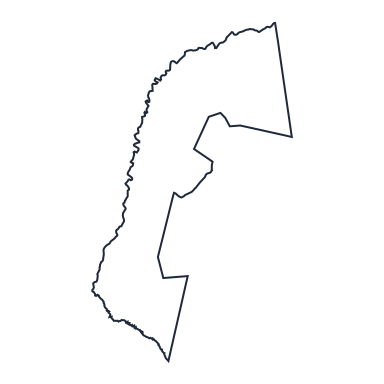 outline of Ribeiro Gonçalves, Piauí, Brazil
{"feature_id": "56859067B47618229144297", "entity_name": "Ribeiro Gonçalves", "entity_type": "district", "adm_level": 2, "iso_a3": "BRA", "parent_name": "Brazil", "parent_adm1": "Piauí", "projection": "natural_earth1", "projection_center": [-45.448, -8.057], "detail": "fine", "context": "isolated", "style": "outline", "palette": "slate", "viewbox_px": 384, "rotation_deg": 0, "n_neighbors": 0, "source": "geoboundaries", "source_scale": "gbopen_adm2", "svg_char_len": 5072}
<svg xmlns="http://www.w3.org/2000/svg" viewBox="0 0 384 384"><path d="M274.0,23.1L273.0,24.0L271.9,25.7L269.9,27.4L268.4,26.9L267.4,26.8L266.3,27.2L265.5,28.1L262.9,29.5L259.2,32.0L258.4,31.9L257.7,31.2L256.9,30.6L254.7,30.3L253.6,29.4L251.7,29.3L249.7,29.0L248.2,29.6L247.1,29.6L244.9,30.4L244.2,30.7L243.5,31.2L242.8,31.4L239.2,32.4L238.2,33.1L237.3,34.2L236.5,34.6L235.4,34.8L234.1,34.5L232.7,32.3L231.9,32.1L227.9,36.2L227.1,36.8L226.5,38.0L225.7,40.1L224.7,41.1L223.2,42.4L221.7,42.6L220.2,43.0L219.5,43.5L218.4,44.9L216.3,48.1L215.0,48.0L214.9,46.4L212.9,42.9L212.0,42.7L211.1,43.3L210.0,44.2L209.2,44.7L208.0,45.4L207.2,46.0L206.5,46.7L205.3,48.9L204.0,49.0L201.6,47.9L200.4,48.0L199.1,47.8L198.4,48.1L198.0,49.1L197.4,49.6L195.7,50.3L193.0,50.6L191.4,50.1L189.5,50.3L187.2,50.9L185.0,52.1L184.8,54.4L184.5,55.6L183.8,56.1L180.2,59.3L177.3,62.7L176.7,63.2L175.6,62.6L174.5,61.5L172.7,61.1L171.5,61.5L170.8,62.2L170.3,64.6L170.1,69.7L169.0,70.6L166.3,70.7L165.7,71.7L165.9,72.6L166.4,73.3L165.5,74.9L164.7,75.3L162.7,75.3L161.7,75.7L160.6,77.5L161.1,79.5L160.2,80.6L159.1,79.8L155.7,78.2L155.2,78.9L154.6,80.2L155.6,81.5L157.6,82.4L156.9,83.5L155.5,84.0L154.6,84.0L152.9,83.8L152.2,84.9L152.5,87.4L152.5,89.2L152.7,90.8L149.7,91.3L148.9,92.4L148.0,95.6L148.4,97.5L148.9,98.2L149.4,99.8L149.3,101.8L148.3,102.1L147.6,101.4L147.1,100.5L146.3,100.9L145.6,101.5L146.2,103.1L148.5,105.9L146.8,108.8L146.5,109.7L146.6,110.6L147.3,112.2L146.5,113.0L145.7,112.6L144.8,112.0L144.4,112.8L145.1,115.0L144.8,116.1L142.0,117.0L142.4,119.7L142.2,120.8L142.2,122.4L141.9,123.5L140.9,125.2L140.4,126.7L138.6,127.5L138.0,128.5L138.0,130.0L138.5,131.2L138.3,133.2L137.0,133.5L135.4,134.5L134.6,135.2L135.4,137.5L136.1,138.9L137.2,139.6L138.3,140.5L139.3,141.1L139.3,142.4L137.2,142.9L136.3,143.4L134.9,143.7L133.9,144.8L134.1,145.7L138.4,148.2L138.7,149.3L138.0,150.8L136.8,152.5L134.4,151.5L133.6,152.3L134.2,154.3L133.4,157.4L132.7,159.7L131.6,160.6L130.7,162.0L131.6,162.8L132.4,162.8L133.2,163.3L132.9,165.1L132.4,166.1L130.6,167.2L129.6,169.9L128.6,171.2L127.7,173.3L127.7,174.3L128.4,175.1L129.1,175.4L131.7,177.5L132.2,178.3L132.1,179.4L131.6,180.0L130.8,180.2L129.5,179.4L128.5,179.7L127.5,181.5L126.4,182.6L125.5,183.5L126.0,184.6L127.4,185.7L128.4,187.2L129.0,188.3L129.1,189.5L127.7,190.6L127.7,196.2L127.3,197.1L126.4,198.3L125.6,200.0L124.9,200.6L124.8,201.5L124.6,202.3L123.3,203.5L123.3,204.6L123.6,205.4L125.4,207.8L125.7,208.9L125.0,209.9L123.1,213.0L122.8,215.3L123.1,217.1L123.9,219.6L124.1,221.0L123.7,221.9L122.2,224.4L121.4,226.2L119.4,226.7L118.8,228.0L117.7,229.3L116.7,229.9L116.1,231.0L116.2,232.3L116.5,233.2L117.4,235.0L116.9,236.0L115.6,236.9L114.6,238.4L111.0,241.2L110.0,242.6L109.6,243.5L107.1,245.0L105.4,246.5L103.9,248.6L103.5,250.0L103.8,253.9L103.7,255.4L103.3,257.5L103.1,259.8L102.5,261.0L101.1,262.1L100.6,263.6L100.1,264.5L100.0,266.2L99.5,267.7L99.7,268.9L99.4,270.0L97.3,274.1L97.8,275.7L97.6,276.7L97.3,279.6L96.8,281.0L96.3,281.7L94.6,282.1L93.2,283.3L93.4,285.0L93.9,287.5L93.3,288.9L92.5,289.7L92.2,290.9L92.7,291.6L93.7,291.9L94.4,293.0L95.4,294.6L95.1,295.5L96.0,295.9L96.8,295.7L97.6,294.8L98.8,295.6L99.1,296.7L99.8,297.6L100.8,298.7L101.6,299.3L102.4,299.9L103.0,301.0L103.7,301.8L103.6,303.0L104.2,303.7L104.5,304.9L104.3,305.7L105.2,307.6L106.1,308.5L106.9,309.2L106.7,310.6L107.4,311.2L108.3,310.8L109.1,311.4L108.4,311.9L108.6,312.8L109.3,313.3L110.0,313.9L110.3,314.6L110.0,315.7L109.5,317.0L110.9,316.6L111.7,316.6L111.4,317.8L111.9,318.5L113.0,319.5L113.7,320.8L114.5,320.7L116.0,320.9L117.4,320.7L118.5,321.6L119.2,321.1L120.6,320.9L121.6,319.9L122.6,320.2L123.8,320.1L125.0,320.7L125.8,321.4L125.9,322.6L126.7,322.4L127.5,321.9L127.3,323.5L128.1,323.9L128.7,323.0L129.5,323.1L129.0,324.1L129.5,324.9L130.6,324.9L131.5,325.7L132.2,324.9L132.9,325.6L132.8,326.5L133.6,326.6L134.4,325.8L134.6,326.8L134.7,327.9L135.9,327.2L136.0,328.7L137.1,328.7L138.7,329.8L139.8,329.9L140.1,331.0L141.2,332.4L141.5,331.3L142.5,331.8L142.8,334.6L143.7,335.4L144.5,335.8L145.5,336.3L146.4,337.0L147.6,337.2L149.3,338.3L150.5,337.8L151.7,338.7L152.5,338.3L152.9,339.6L153.9,339.3L154.5,340.3L155.9,341.1L156.8,342.2L157.6,342.8L158.0,343.7L158.8,344.3L158.4,345.1L159.4,346.1L160.1,347.8L160.8,349.4L162.0,349.6L162.2,351.3L163.4,352.6L164.5,353.2L164.2,353.9L164.7,355.6L165.3,356.4L165.4,357.4L166.1,358.5L167.3,359.7L168.4,361.0L181.3,304.3L187.7,276.1L163.3,278.0L157.9,257.0L173.1,195.9L174.0,192.8L175.7,193.5L177.8,195.5L180.3,197.2L181.4,197.4L182.3,197.1L183.9,196.2L185.0,195.1L185.7,194.7L187.0,194.2L188.3,193.5L191.3,192.1L192.4,191.3L195.1,188.3L195.9,187.6L199.4,183.1L200.0,182.4L204.9,177.1L205.9,174.7L206.8,173.8L207.7,173.4L209.9,172.8L210.8,172.1L211.3,171.0L212.0,170.4L211.7,169.3L211.8,168.2L211.8,165.7L212.0,164.6L212.2,163.1L212.6,161.7L194.0,149.0L208.8,116.8L220.4,112.9L221.3,113.8L225.2,117.8L229.8,126.3L237.8,125.7L240.2,125.5L250.2,127.7L255.1,128.8L257.0,129.2L286.3,135.7L291.8,137.0L290.5,128.0L280.0,55.6L277.9,40.8L277.7,39.7L275.1,23.0L274.0,23.1Z" fill="none" stroke="#1e293b" stroke-width="2"/></svg>